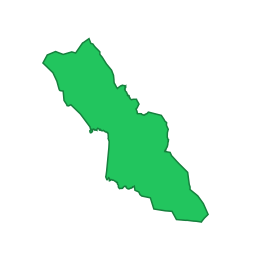 Tolga nor, Hedmark, Norway (Albers equal-area conic projection), rotated 13°
{"feature_id": "86288312B77330418137149", "entity_name": "Tolga nor", "entity_type": "district", "adm_level": 2, "iso_a3": "NOR", "parent_name": "Norway", "parent_adm1": "Hedmark", "projection": "albers", "projection_center": [11.024, 62.372], "detail": "fine", "context": "isolated", "style": "filled", "palette": "green", "viewbox_px": 256, "rotation_deg": 13, "n_neighbors": 0, "source": "geoboundaries", "source_scale": "gbopen_adm2", "svg_char_len": 5331}
<svg xmlns="http://www.w3.org/2000/svg" viewBox="0 0 256 256"><g transform="rotate(13 128 128)"><path d="M225.5,194.2L218.4,184.7L211.2,178.4L202.3,174.0L201.7,171.4L200.4,169.3L196.1,157.8L185.5,151.2L183.1,149.6L176.6,145.1L174.5,142.3L169.7,142.6L170.2,142.0L170.0,141.9L169.8,141.9L169.4,142.0L169.1,142.0L169.0,141.9L169.1,141.7L169.2,141.3L169.3,140.9L169.5,140.4L169.9,140.0L169.9,139.5L170.0,138.9L170.0,138.6L170.2,138.3L170.3,138.0L170.4,137.6L170.3,137.3L170.5,136.9L170.4,136.5L170.5,135.6L170.4,134.5L170.3,134.1L170.2,133.9L170.2,132.9L170.1,132.7L170.3,132.4L170.3,132.0L170.0,131.6L170.2,130.6L170.2,130.4L169.9,130.3L169.6,130.0L169.5,129.9L169.2,129.8L169.0,129.1L168.6,128.5L168.3,128.2L167.4,123.6L167.5,120.2L165.1,117.1L164.6,115.7L164.5,114.2L163.3,113.4L162.6,113.2L161.0,111.4L157.6,108.2L147.9,108.0L144.4,107.9L144.0,108.3L144.0,108.5L143.9,108.5L143.8,108.8L143.6,109.3L143.2,109.6L143.2,109.8L142.9,110.1L142.6,110.1L142.3,110.3L142.0,110.7L141.7,110.8L141.7,111.0L141.5,111.3L141.3,111.4L141.3,111.5L141.2,111.7L141.0,111.8L140.7,112.0L139.9,111.8L139.8,111.7L139.3,111.8L138.9,111.7L138.5,111.7L138.3,111.4L138.1,111.3L137.9,111.1L137.2,111.2L133.9,111.9L133.7,111.6L133.7,111.3L133.4,110.6L133.2,110.1L132.8,109.4L132.6,109.2L132.0,108.3L131.5,107.7L131.8,107.2L132.3,106.5L132.4,106.1L132.6,105.3L132.6,104.8L132.7,104.6L132.7,104.4L133.0,103.9L133.0,103.6L133.0,103.3L133.2,102.3L133.3,102.2L130.2,98.8L129.8,98.1L126.7,98.8L124.9,99.7L123.2,98.8L123.1,98.2L122.8,97.9L122.7,98.1L122.4,98.0L122.2,97.5L122.3,97.4L122.0,97.0L122.0,96.8L121.9,96.7L121.7,96.5L121.6,96.4L121.6,96.2L121.2,96.2L121.1,96.3L120.8,96.5L120.7,96.4L120.2,96.4L120.2,95.6L119.6,94.9L119.2,94.7L118.6,93.5L118.4,93.3L117.9,93.1L117.6,93.0L117.2,92.5L116.9,92.2L116.7,91.9L116.5,91.7L116.2,91.3L116.3,91.1L116.2,91.1L116.0,90.9L116.1,90.7L116.1,90.4L116.0,90.0L116.2,89.8L116.2,89.7L116.4,89.6L116.5,89.3L116.6,89.2L116.6,88.9L116.4,88.8L116.4,88.7L116.3,88.8L116.1,88.7L115.9,88.6L115.9,88.4L115.9,88.2L116.0,88.1L116.0,87.9L116.0,87.6L115.8,87.8L115.7,87.7L115.4,87.8L115.3,87.6L115.0,87.5L114.7,87.6L114.1,87.6L113.5,87.6L113.2,87.5L112.5,87.8L112.4,87.9L112.4,88.1L112.5,88.2L112.4,88.3L112.0,88.4L111.2,88.7L110.9,89.2L109.7,90.6L109.6,90.9L108.9,91.3L108.7,91.8L107.4,90.6L107.0,90.1L105.1,87.9L104.5,87.4L104.0,86.1L103.7,85.2L103.5,84.3L102.0,79.9L99.0,75.4L92.5,70.4L86.9,64.8L84.0,62.6L83.4,60.1L78.2,56.8L76.9,55.9L74.9,54.1L72.7,53.9L72.6,53.7L69.9,49.7L65.2,54.9L64.6,55.4L60.1,66.7L56.1,66.5L48.3,70.9L40.2,69.8L32.9,75.0L30.5,83.8L42.4,91.0L48.2,98.4L51.8,105.1L52.2,105.8L52.5,106.2L52.9,106.6L53.4,106.8L54.0,106.8L56.5,106.6L59.5,115.6L62.7,118.6L62.9,118.7L63.0,119.2L63.4,119.5L63.6,119.9L64.9,119.9L65.2,119.6L66.0,119.2L66.4,118.8L66.5,118.5L67.1,118.2L78.4,125.0L90.9,135.6L90.9,135.8L91.0,135.9L91.0,136.2L91.1,136.4L91.4,136.8L91.9,137.3L92.1,137.4L92.3,137.6L92.5,137.6L92.3,138.1L92.2,138.3L91.8,138.6L91.5,139.0L91.6,139.3L91.5,139.6L91.8,139.9L91.9,140.4L92.2,140.7L92.3,141.0L92.5,141.1L92.8,140.9L93.1,140.9L93.5,140.5L93.7,140.3L94.2,138.8L93.5,138.2L94.4,137.3L94.4,137.2L94.6,137.1L94.5,136.9L94.9,136.7L95.5,137.1L95.9,137.1L96.0,137.4L96.1,137.5L96.2,137.4L96.3,137.3L96.7,137.4L96.8,137.3L96.8,137.1L97.2,136.9L97.6,137.0L97.6,137.3L97.8,137.3L97.7,137.2L97.8,137.1L98.1,136.9L98.1,136.7L97.9,136.6L98.1,136.3L98.1,135.9L98.6,135.1L98.9,135.3L99.4,135.2L99.8,135.3L100.0,135.4L100.2,135.8L100.4,136.1L100.5,136.2L100.6,136.4L100.8,136.5L101.1,136.3L101.2,136.2L101.3,135.8L101.5,135.6L101.8,136.0L102.0,136.1L102.1,136.4L102.7,136.3L103.2,136.6L103.4,136.5L103.6,136.4L103.9,136.4L104.3,136.1L104.5,136.1L104.7,135.9L104.8,136.0L105.2,136.2L105.5,136.3L105.8,136.3L106.3,136.7L107.3,136.8L107.6,137.0L107.8,136.8L108.0,136.7L108.7,136.9L108.9,137.0L109.1,137.1L109.3,137.4L109.3,137.5L109.5,137.5L109.8,137.7L111.0,141.8L110.9,142.5L112.7,145.4L113.8,151.5L116.9,174.8L117.3,179.3L117.3,180.6L119.0,183.1L119.7,182.9L120.2,180.8L120.9,181.1L121.3,181.5L121.5,181.8L121.4,182.0L121.6,182.2L121.6,182.4L121.7,182.5L121.7,182.9L121.7,183.0L121.8,183.1L121.7,183.3L121.7,183.6L122.0,183.6L122.3,183.3L122.5,182.9L122.9,182.8L122.9,182.7L123.0,182.5L123.0,182.2L123.4,182.1L123.8,181.9L124.4,182.1L124.7,182.3L125.1,182.3L125.5,182.1L126.5,182.4L126.7,182.5L126.9,182.6L127.4,182.8L127.8,182.8L128.0,182.8L128.1,183.1L128.8,183.3L129.1,183.6L129.3,183.6L129.6,183.4L129.8,183.4L130.0,183.6L130.1,184.4L130.3,184.9L131.0,185.5L131.5,186.0L131.6,186.7L131.6,186.8L132.1,188.0L133.4,189.0L133.7,188.9L134.1,188.6L134.9,188.4L135.2,188.3L135.6,188.3L135.8,188.2L136.0,187.9L136.3,187.9L136.3,187.4L136.7,186.9L136.9,186.7L137.0,186.4L137.4,185.9L137.7,185.7L137.9,185.5L138.1,185.4L138.5,185.6L138.8,185.5L139.0,185.4L139.2,185.8L139.5,185.9L139.6,186.2L139.7,186.4L140.4,186.9L141.1,187.1L141.6,187.3L141.9,187.2L142.2,187.3L142.5,187.2L143.3,186.8L143.5,186.4L143.9,186.2L144.1,185.9L144.3,185.8L144.6,185.9L144.9,185.6L145.2,185.5L145.4,185.2L145.8,184.8L145.7,184.5L145.7,184.3L146.1,184.3L146.7,183.9L146.8,183.7L147.2,183.3L148.8,187.1L152.9,187.9L154.7,190.2L156.7,191.2L165.5,191.0L171.4,201.1L183.0,200.3L189.6,199.3L195.8,206.3L204.9,205.0L206.5,204.6L212.5,204.0L215.5,203.5L220.7,203.1L221.0,202.1L222.7,198.6L225.5,194.2Z" fill="#22c55e" stroke="#15803d" stroke-width="1.5"/></g></svg>